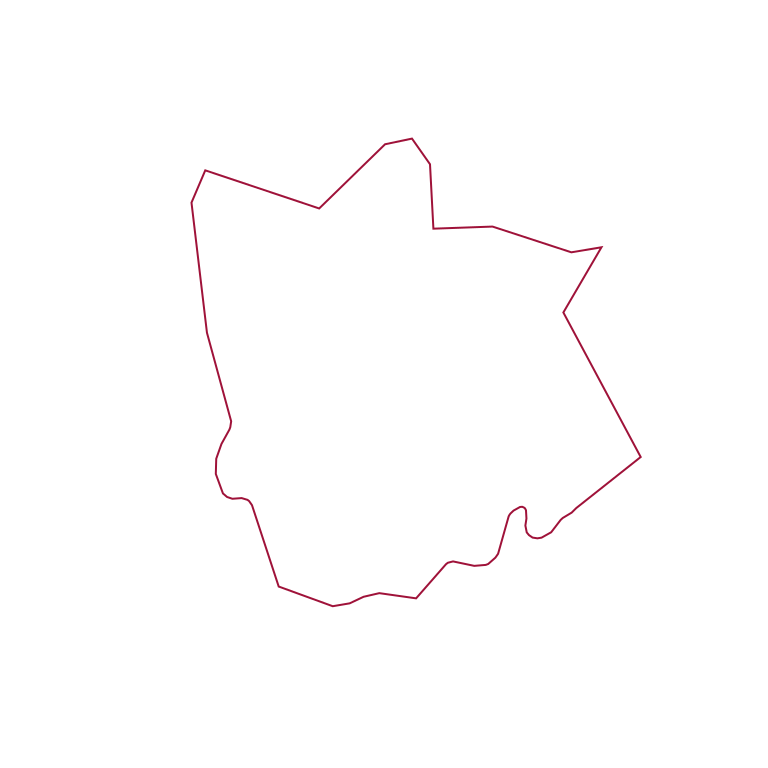 Barnet, Robinson projection, rotated 29°
{"feature_id": "GBR-5705", "entity_name": "Barnet", "entity_type": "London Borough", "adm_level": 1, "iso_a3": "GBR", "parent_name": "United Kingdom", "parent_adm1": "", "projection": "robinson", "projection_center": [-0.185, 51.612], "detail": "fine", "context": "isolated", "style": "outline", "palette": "rose", "viewbox_px": 768, "rotation_deg": 29, "n_neighbors": 0, "source": "natural_earth", "source_scale": "10m", "svg_char_len": 909}
<svg xmlns="http://www.w3.org/2000/svg" viewBox="0 0 768 768"><g transform="rotate(29 384 384)"><path d="M289.5,155.8L317.7,169.5L351.9,224.2L402.6,193.7L484.0,178.0L507.9,159.0L506.2,234.5L643.9,323.4L612.3,399.3L610.5,405.5L605.3,414.5L604.4,417.2L602.1,432.6L596.3,442.0L593.0,444.6L588.4,446.3L584.1,445.9L580.8,444.6L576.3,439.3L573.8,432.6L569.4,425.6L567.6,424.4L566.1,424.2L564.4,424.4L562.6,425.6L558.7,431.9L557.4,436.0L557.2,437.5L557.2,439.3L566.1,477.2L565.6,481.9L562.4,490.9L560.7,492.9L551.1,499.3L530.4,505.7L526.5,509.4L525.6,511.5L516.0,555.9L481.3,569.2L469.3,580.0L460.3,592.5L446.9,603.2L390.1,612.2L327.3,554.0L322.8,551.8L320.8,551.5L314.8,552.8L307.0,557.9L301.5,558.9L296.2,557.8L280.5,544.2L273.5,530.7L270.9,515.2L270.9,498.9L270.5,496.3L268.4,490.7L204.3,425.0L127.7,318.7L124.1,283.8L242.2,261.9L268.7,173.8L289.5,155.8Z" fill="none" stroke="#9f1239" stroke-width="2"/></g></svg>